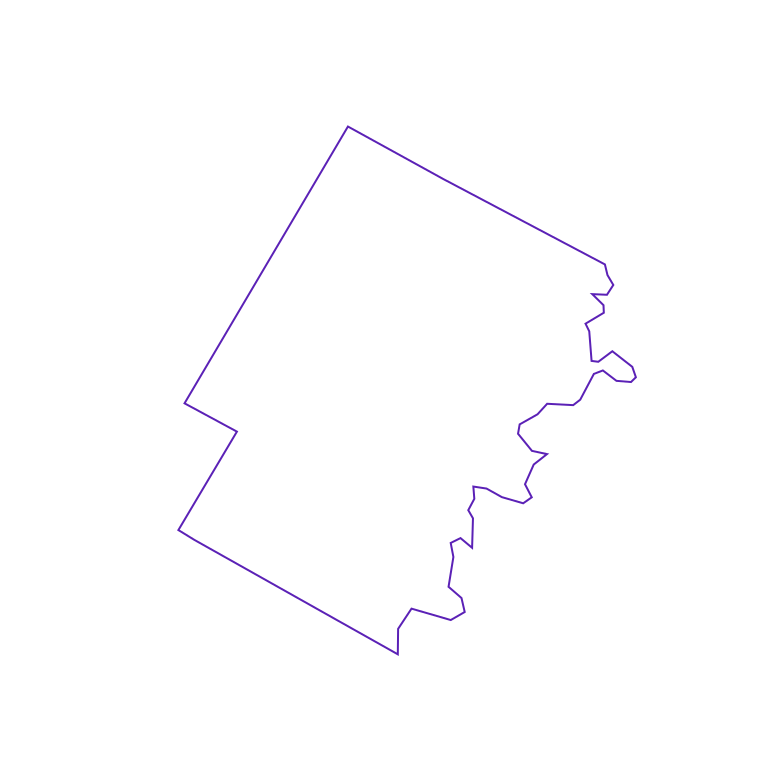 outline of Bosque, Texas, United States of America, rotated 60°
{"feature_id": "52423323B51528806968962", "entity_name": "Bosque", "entity_type": "district", "adm_level": 2, "iso_a3": "USA", "parent_name": "United States of America", "parent_adm1": "Texas", "projection": "natural_earth1", "projection_center": [-97.489, 31.898], "detail": "fine", "context": "isolated", "style": "outline", "palette": "violet", "viewbox_px": 768, "rotation_deg": 60, "n_neighbors": 0, "source": "geoboundaries", "source_scale": "gbopen_adm2", "svg_char_len": 813}
<svg xmlns="http://www.w3.org/2000/svg" viewBox="0 0 768 768"><g transform="rotate(60 384 384)"><path d="M301.0,566.4L351.7,535.2L407.7,635.1L424.3,626.1L625.0,507.2L603.1,494.2L592.3,472.5L621.8,444.2L621.8,428.1L608.1,423.9L591.9,429.5L568.5,410.4L555.0,405.7L555.7,394.8L569.9,389.6L544.8,374.1L535.4,374.1L528.6,363.2L517.5,357.9L525.8,347.5L540.9,338.5L556.9,323.1L556.0,312.7L541.3,312.0L528.6,294.6L526.2,277.9L515.9,289.3L494.1,292.8L486.8,286.7L487.0,266.2L482.7,252.6L496.9,230.7L495.7,221.9L480.2,197.2L481.7,187.7L497.5,181.1L505.8,169.1L504.1,162.5L493.3,160.4L469.8,169.9L471.9,187.3L467.8,192.7L441.0,179.9L432.5,179.3L432.2,158.0L425.5,154.5L410.3,158.7L418.2,146.3L412.9,135.9L401.4,136.0L390.9,132.9L236.1,230.2L143.0,286.5L301.0,566.4Z" fill="none" stroke="#5b21b6" stroke-width="2"/></g></svg>